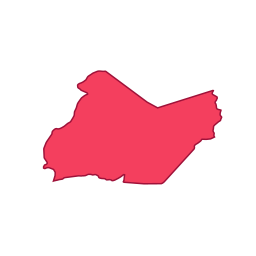 the border of Ogooué-Lolo, rotated 63°
{"feature_id": "GAB-2628", "entity_name": "Ogooué-Lolo", "entity_type": "Province", "adm_level": 1, "iso_a3": "GAB", "parent_name": "Gabon", "parent_adm1": "", "projection": "equal_earth", "projection_center": [12.559, -0.822], "detail": "fine", "context": "isolated", "style": "filled", "palette": "rose", "viewbox_px": 256, "rotation_deg": 63, "n_neighbors": 0, "source": "natural_earth", "source_scale": "10m", "svg_char_len": 2684}
<svg xmlns="http://www.w3.org/2000/svg" viewBox="0 0 256 256"><g transform="rotate(63 128 128)"><path d="M141.4,218.5L137.2,214.5L134.5,213.0L131.4,213.1L130.8,213.4L127.7,216.2L127.3,216.7L127.0,217.2L126.6,218.3L126.5,219.0L126.5,220.0L126.2,220.8L125.4,221.4L124.3,220.9L123.1,219.2L123.3,217.4L123.0,216.2L122.6,215.9L122.0,215.7L121.3,215.7L116.9,216.2L116.3,216.1L108.6,212.6L107.9,212.1L104.0,207.7L103.2,206.5L99.0,198.8L98.5,198.3L97.9,197.9L97.2,197.4L96.6,196.7L96.0,194.8L95.8,193.8L95.8,193.0L95.9,192.6L96.0,192.2L96.2,191.9L96.7,191.3L97.1,190.7L97.4,189.9L97.4,189.7L97.6,189.0L97.7,187.0L97.5,183.9L96.6,179.9L96.5,178.9L96.5,177.3L96.4,176.8L96.1,175.9L93.8,172.2L92.5,170.4L92.0,170.0L89.6,168.5L89.1,168.1L86.8,165.1L83.7,162.2L82.7,160.8L80.5,156.6L80.1,155.7L79.6,153.1L79.4,151.3L79.4,149.9L79.6,149.2L79.5,148.8L79.4,148.5L78.7,148.4L78.1,148.6L77.5,149.0L73.1,152.6L71.3,153.2L70.0,154.0L69.4,154.2L68.8,154.2L67.5,153.7L66.9,153.4L66.5,152.7L66.3,151.2L66.5,149.6L66.6,148.2L66.5,146.5L66.3,145.4L66.0,143.7L65.8,143.2L65.6,143.0L64.4,141.2L64.0,140.4L63.8,139.6L63.7,138.7L63.5,136.6L63.3,135.2L63.2,134.3L63.6,129.5L63.9,128.5L64.4,127.4L66.1,124.7L67.3,122.2L113.7,99.2L123.5,92.5L133.1,35.3L133.4,35.0L133.8,35.4L134.3,36.2L134.8,36.8L135.4,37.3L136.0,37.4L136.6,37.3L140.7,34.6L141.6,34.8L142.2,35.2L142.7,36.0L143.3,36.5L143.7,37.3L144.1,38.1L144.6,38.7L145.4,39.0L146.5,38.8L148.1,39.2L150.0,39.9L150.7,40.1L151.6,39.9L152.3,39.3L154.2,37.1L154.7,37.3L155.7,38.4L156.9,39.3L157.4,39.7L157.8,39.8L158.3,40.0L158.8,40.0L160.7,39.6L161.2,39.9L162.1,41.1L163.1,42.0L163.4,42.7L163.5,44.4L164.7,49.5L165.0,50.3L165.4,51.0L167.8,52.5L168.4,53.1L169.2,53.5L169.9,53.7L171.6,53.6L172.3,53.9L172.9,54.4L173.5,54.8L174.1,55.0L175.3,55.0L175.2,59.3L173.6,63.5L172.0,66.4L171.6,67.4L171.9,68.0L172.3,68.6L172.6,69.3L173.2,72.7L173.3,74.5L173.4,75.5L173.8,76.6L174.3,77.1L174.9,77.4L175.5,77.6L176.1,78.0L176.7,78.7L192.4,120.2L192.8,122.2L192.7,123.6L184.9,139.2L174.7,155.9L174.3,156.4L173.8,156.6L172.7,155.3L168.1,152.3L167.6,152.9L167.6,153.5L168.2,156.7L168.4,159.9L168.4,163.4L168.1,165.1L167.7,166.1L167.0,166.4L166.4,166.9L165.7,167.7L164.7,170.2L164.3,170.8L163.2,171.3L162.6,171.8L162.1,172.5L161.2,174.1L160.6,174.9L160.0,175.6L159.4,176.2L158.8,176.4L158.3,176.4L157.8,176.3L157.5,176.3L157.0,176.4L155.1,177.7L154.5,178.5L154.1,179.9L153.7,180.9L153.1,181.5L152.5,182.1L152.0,183.0L151.4,184.1L151.2,184.9L151.1,187.4L150.8,188.3L150.4,189.3L149.9,190.2L149.7,191.0L149.3,191.8L148.2,193.7L143.6,206.6L143.4,207.4L143.7,209.1L143.7,209.9L142.8,212.5L142.3,214.8L141.5,217.9L141.4,218.5Z" fill="#f43f5e" stroke="#9f1239" stroke-width="1.5"/></g></svg>